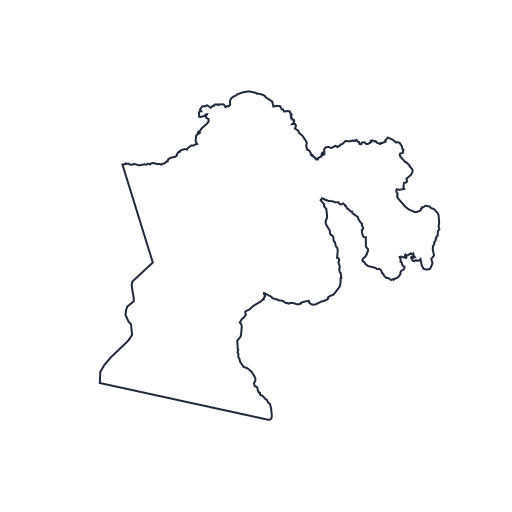 outline of Oikull, Palau, rotated 253°
{"feature_id": "81905179B41520221517607", "entity_name": "Oikull", "entity_type": "district", "adm_level": 2, "iso_a3": "PLW", "parent_name": "Palau", "parent_adm1": "", "projection": "albers", "projection_center": [134.583, 7.366], "detail": "fine", "context": "isolated", "style": "outline", "palette": "slate", "viewbox_px": 512, "rotation_deg": 253, "n_neighbors": 0, "source": "geoboundaries", "source_scale": "gbopen_adm2", "svg_char_len": 6157}
<svg xmlns="http://www.w3.org/2000/svg" viewBox="0 0 512 512"><g transform="rotate(253 256 256)"><path d="M95.6,220.2L95.6,222.3L96.8,223.7L98.9,224.5L106.0,225.9L110.3,226.1L112.1,224.8L115.3,224.3L116.2,223.3L120.7,221.2L121.4,219.9L122.6,219.3L124.0,219.9L124.7,218.8L126.6,218.4L129.6,218.8L131.2,218.0L131.7,216.8L135.0,216.8L136.5,218.6L138.0,219.3L139.6,219.6L141.6,219.3L146.9,217.8L151.2,214.9L153.7,211.6L159.8,209.8L161.8,210.1L165.0,209.6L167.6,210.6L169.3,210.2L171.4,211.6L172.0,211.3L180.5,213.3L183.1,217.3L184.8,218.6L193.0,221.9L195.8,221.8L197.0,221.0L200.2,224.4L200.2,225.6L202.9,229.2L205.3,229.2L206.2,229.7L206.6,233.6L209.1,239.0L211.2,247.6L212.8,250.2L212.3,250.6L214.3,251.9L214.6,252.8L216.0,253.0L217.5,252.4L218.3,252.9L212.6,258.7L210.9,259.4L208.8,262.2L208.6,263.4L207.2,264.2L205.4,268.3L202.2,270.9L201.9,272.4L200.9,273.0L201.1,275.0L200.3,277.5L197.4,281.9L197.4,285.1L198.1,285.3L198.3,288.4L197.6,293.4L195.9,293.2L194.4,294.2L193.3,295.2L192.6,296.9L192.3,298.8L193.4,305.6L193.0,307.7L193.4,308.1L193.2,309.1L194.0,312.3L195.4,312.8L196.1,315.0L196.4,318.9L202.1,326.9L205.1,328.8L210.0,330.4L209.9,331.1L214.9,332.0L216.1,331.4L218.7,331.6L221.1,333.0L225.8,333.0L227.4,334.3L229.3,334.5L230.3,333.9L230.5,333.0L238.0,336.0L240.3,336.0L241.8,335.2L246.2,335.5L248.0,334.7L251.5,335.5L253.5,334.9L254.1,333.7L256.4,333.4L258.7,334.0L264.7,332.4L267.3,332.2L269.8,333.2L271.3,334.8L273.1,335.6L280.5,337.0L283.8,335.5L285.3,336.4L290.5,334.1L291.9,336.2L290.5,337.4L290.5,338.0L288.9,339.0L288.9,339.9L287.5,341.3L285.9,345.3L284.2,347.3L283.3,350.6L282.5,350.5L280.9,351.5L280.4,352.5L280.9,354.7L278.9,355.9L278.2,355.7L277.9,356.4L274.6,357.1L274.3,357.8L271.0,359.5L270.4,360.9L268.9,360.7L263.3,364.9L262.3,364.7L259.3,365.2L255.6,366.8L254.6,366.2L251.0,366.7L249.9,364.8L247.5,364.2L243.5,364.2L241.9,365.6L241.8,366.5L233.8,364.1L232.3,364.0L229.7,365.1L228.2,364.7L225.8,362.5L225.3,362.6L223.1,359.8L222.2,357.4L220.9,356.5L219.7,356.5L218.9,357.7L216.4,358.2L213.7,360.2L209.6,367.0L208.5,367.5L207.8,368.6L207.8,370.0L206.2,371.3L202.7,371.6L202.2,372.3L199.1,372.9L196.9,374.3L196.1,376.2L193.6,378.0L193.7,380.2L193.1,380.5L193.8,381.9L193.6,383.6L194.4,386.2L196.8,389.1L198.1,389.3L199.3,390.5L200.0,393.4L202.0,394.9L204.1,393.4L207.8,393.3L208.2,392.5L210.5,393.3L213.1,393.1L213.0,394.7L212.0,395.6L211.3,398.0L210.3,398.7L210.9,399.5L211.3,399.5L211.8,398.4L213.1,398.6L213.7,399.4L212.5,400.0L212.3,401.1L213.2,404.7L212.5,404.7L211.9,406.0L212.4,407.1L210.1,406.9L208.4,407.6L208.4,405.5L209.6,405.2L209.7,404.3L208.9,403.7L208.1,404.1L208.3,404.9L206.1,404.2L204.7,405.5L205.4,407.8L204.4,408.5L203.9,410.6L205.0,412.4L198.6,411.8L194.9,412.4L193.2,414.8L192.7,418.3L193.9,419.8L197.5,422.7L202.0,422.8L204.4,426.4L210.6,426.9L213.2,428.1L213.5,427.9L215.3,430.0L216.8,430.2L218.2,432.2L219.0,432.3L219.5,433.0L220.4,433.1L220.7,433.9L221.7,434.1L222.2,435.6L226.5,437.2L228.0,439.2L230.4,439.1L234.9,441.1L241.7,442.5L243.6,442.4L248.6,440.1L251.0,437.1L252.3,436.8L254.5,432.9L253.6,429.7L254.0,428.9L252.9,428.2L252.9,427.5L252.0,427.3L251.3,426.0L251.1,421.7L251.7,420.5L256.0,415.6L259.4,413.2L269.7,408.6L272.0,408.3L272.7,409.1L274.8,409.6L275.4,409.1L277.6,409.2L278.6,410.2L277.4,412.4L276.8,417.4L278.7,417.1L282.5,418.8L282.5,421.4L283.4,422.4L286.0,422.5L288.1,427.7L290.5,430.2L292.2,430.8L293.5,430.7L296.8,429.1L297.7,429.3L302.0,426.9L302.2,426.2L309.0,423.1L310.8,423.0L311.8,423.8L311.7,426.6L314.1,427.5L314.4,428.0L315.8,427.3L318.8,427.5L322.2,426.4L323.7,424.1L323.5,423.3L328.0,420.0L330.7,416.7L328.8,413.4L327.8,413.6L327.3,413.1L327.4,410.8L327.0,409.9L327.6,408.2L326.8,407.6L328.5,405.2L330.9,403.9L330.7,403.1L332.5,401.2L332.8,399.9L332.4,399.2L331.2,399.4L330.4,395.7L330.8,394.3L332.7,393.2L333.3,392.1L333.4,390.2L332.2,389.4L332.3,388.5L333.1,387.6L334.7,387.9L335.6,386.7L336.9,386.6L337.6,386.0L337.1,384.6L337.7,384.1L337.3,383.3L338.2,382.2L338.2,379.4L339.8,375.1L337.8,371.3L337.8,369.2L336.8,368.1L336.9,366.9L336.3,365.8L338.1,364.5L337.3,359.5L339.1,357.1L339.5,354.3L338.1,352.4L333.7,351.3L335.4,349.9L334.8,348.9L333.7,349.1L333.2,349.8L332.7,348.8L333.1,347.8L331.9,347.0L331.7,344.5L330.2,343.3L330.4,342.9L331.2,342.8L331.9,341.6L331.6,341.4L333.7,340.7L334.0,340.0L335.8,339.6L335.5,338.9L336.8,338.0L337.9,338.5L340.8,337.9L341.8,337.4L342.3,336.2L343.9,336.1L346.6,336.1L348.5,337.4L350.1,337.7L357.1,335.7L361.5,333.0L363.3,333.2L366.5,330.5L368.7,332.2L369.7,332.3L370.8,332.0L371.5,329.3L372.4,330.9L373.8,332.0L375.1,332.0L375.7,330.7L376.9,330.6L377.4,329.8L378.6,330.5L379.5,330.1L380.4,330.3L380.4,331.2L381.6,331.3L383.3,330.3L384.3,330.6L385.2,329.3L386.0,325.1L388.2,324.7L388.5,323.8L389.4,323.4L392.3,322.8L393.7,318.9L393.8,316.3L398.9,316.7L405.2,311.5L406.0,311.5L407.9,310.0L410.7,305.6L410.9,304.2L412.0,303.7L415.5,297.4L416.4,291.3L416.1,285.3L415.5,284.3L414.9,280.6L413.8,278.0L411.5,276.3L408.1,275.5L407.1,273.5L407.7,272.7L407.3,270.3L409.4,269.9L410.6,269.0L411.9,264.6L411.4,263.9L412.7,262.3L412.8,260.5L411.9,259.9L412.2,258.5L411.0,256.1L414.3,253.4L414.5,252.3L413.9,251.6L414.8,248.8L414.4,247.8L412.4,245.3L410.4,245.9L410.7,244.4L409.8,243.3L405.7,242.4L405.1,243.9L405.0,247.1L406.0,249.4L405.9,250.6L404.0,248.8L402.4,249.0L400.9,250.7L398.6,250.1L397.0,248.1L393.9,241.2L392.2,239.4L391.6,237.0L390.7,236.4L390.1,238.1L389.7,237.7L389.9,236.3L388.4,233.9L383.8,231.9L380.3,232.4L380.5,230.5L379.8,228.6L380.6,226.8L380.4,225.7L378.8,221.7L378.0,221.2L379.1,219.0L379.1,215.4L378.5,213.9L377.9,213.6L378.1,212.3L376.1,209.8L375.1,209.6L374.5,207.7L374.9,204.4L374.6,201.6L373.8,200.0L372.3,199.1L372.7,198.6L371.3,195.4L371.6,193.3L371.0,192.0L372.2,190.8L372.7,188.6L375.1,184.7L375.1,182.0L374.5,181.5L375.8,179.7L375.4,177.7L376.1,176.9L376.9,170.6L379.7,166.4L379.4,165.0L380.4,161.8L381.6,161.2L381.9,159.3L382.6,158.5L382.1,158.0L382.4,155.0L279.9,155.4L267.7,130.3L264.4,128.5L251.4,126.8L248.4,125.8L245.3,118.2L242.5,116.1L237.8,114.0L230.6,114.9L227.2,116.5L216.7,114.4L212.3,108.9L201.6,87.7L196.3,79.4L190.7,73.2L180.2,69.5L95.6,220.2Z" fill="none" stroke="#1e293b" stroke-width="2"/></g></svg>